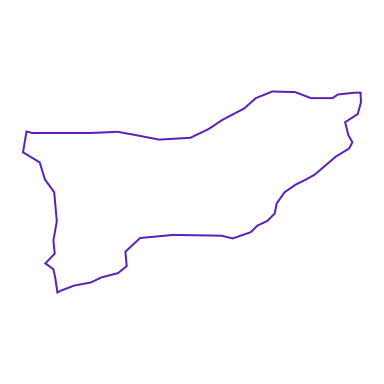 Gagnef, Dalarna, Sweden
{"feature_id": "70781695B69393603078099", "entity_name": "Gagnef", "entity_type": "district", "adm_level": 2, "iso_a3": "SWE", "parent_name": "Sweden", "parent_adm1": "Dalarna", "projection": "equal_earth", "projection_center": [14.938, 60.467], "detail": "fine", "context": "isolated", "style": "outline", "palette": "violet", "viewbox_px": 384, "rotation_deg": 0, "n_neighbors": 0, "source": "geoboundaries", "source_scale": "gbopen_adm2", "svg_char_len": 808}
<svg xmlns="http://www.w3.org/2000/svg" viewBox="0 0 384 384"><path d="M26.5,131.5L23.0,152.3L39.7,162.4L44.9,179.4L54.2,192.2L56.8,221.3L53.4,240.4L54.7,253.6L45.4,263.4L53.4,269.2L55.3,278.2L57.4,292.5L60.7,290.7L74.0,285.6L90.7,282.5L101.4,277.4L118.0,273.1L126.7,266.1L125.4,251.7L140.1,238.0L173.4,234.9L221.4,235.7L232.7,238.4L250.7,232.2L257.4,225.6L267.4,220.9L269.4,218.9L274.7,213.5L276.7,203.4L284.6,192.2L296.0,184.4L303.9,180.6L314.6,174.7L335.8,156.6L349.1,148.5L352.4,142.3L348.4,135.3L345.1,122.2L357.7,114.1L361.0,102.2L360.5,92.7L354.4,92.7L337.8,94.5L332.6,98.1L310.8,98.1L295.2,92.1L272.4,91.5L255.8,98.1L244.4,108.3L222.5,119.8L208.0,129.4L190.3,137.8L159.1,139.6L137.3,135.4L117.6,131.8L89.5,133.0L59.4,133.0L32.3,133.0L26.5,131.5Z" fill="none" stroke="#5b21b6" stroke-width="2"/></svg>